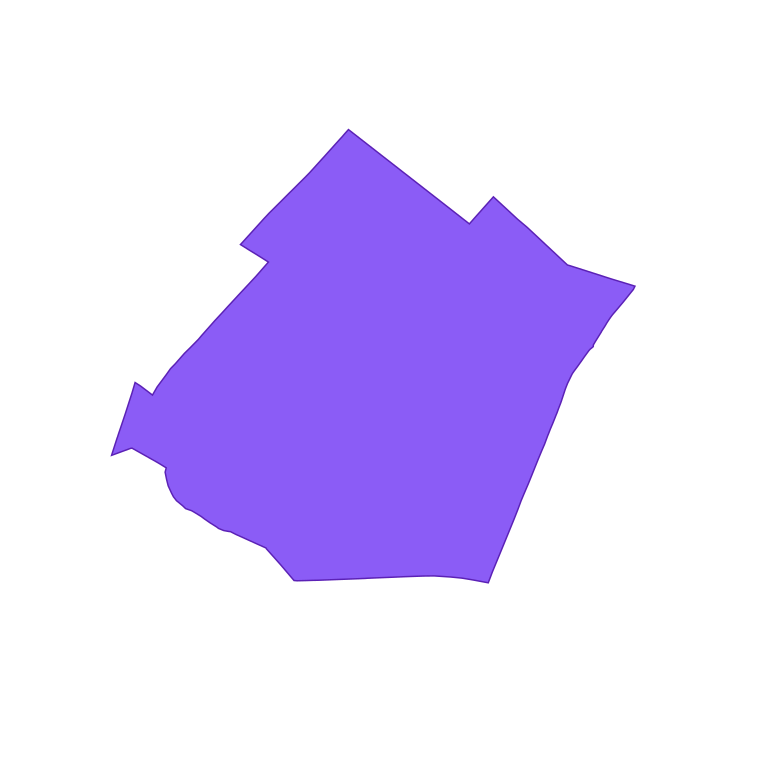 Mihaesti, Olt, Romania, rotated 141°
{"feature_id": "2599482B3191735089576", "entity_name": "Mihaesti", "entity_type": "district", "adm_level": 2, "iso_a3": "ROU", "parent_name": "Romania", "parent_adm1": "Olt", "projection": "equal_earth", "projection_center": [24.801, 44.115], "detail": "fine", "context": "isolated", "style": "filled", "palette": "violet", "viewbox_px": 768, "rotation_deg": 141, "n_neighbors": 0, "source": "geoboundaries", "source_scale": "gbopen_adm2", "svg_char_len": 2283}
<svg xmlns="http://www.w3.org/2000/svg" viewBox="0 0 768 768"><g transform="rotate(141 384 384)"><path d="M556.5,271.3L547.4,264.5L537.1,256.8L526.3,248.7L523.3,246.5L521.2,244.9L519.0,243.4L510.4,237.0L501.0,230.0L489.0,221.1L474.4,210.1L465.9,203.4L453.6,192.0L445.7,184.2L439.9,177.7L437.8,175.3L428.1,163.9L422.9,166.9L418.3,169.6L409.3,174.5L398.3,180.5L391.9,184.0L380.2,190.4L368.0,197.1L359.0,202.2L350.9,207.0L344.0,210.7L334.5,215.7L326.0,220.4L318.3,224.7L311.3,228.6L304.1,232.5L298.6,235.4L297.4,236.0L289.3,240.8L287.8,241.6L282.9,244.4L277.8,247.1L273.3,249.6L270.3,251.3L267.9,252.6L263.9,255.0L260.8,256.8L259.2,257.7L256.9,259.1L246.2,266.0L241.1,268.9L232.1,273.1L230.9,273.6L228.5,274.3L225.8,275.0L222.3,275.9L215.1,277.9L211.7,278.9L203.8,281.0L202.1,281.3L199.6,281.3L198.6,281.3L197.9,281.4L197.5,281.7L197.2,282.1L196.7,282.6L195.7,283.0L192.7,284.1L182.6,287.6L181.5,288.1L179.3,288.8L175.4,290.1L172.5,291.2L168.5,292.5L165.0,293.5L163.0,294.0L154.9,295.5L149.8,296.5L145.7,297.3L134.2,299.8L130.8,300.5L127.4,302.1L141.1,322.4L165.1,359.0L166.6,361.1L166.6,361.4L174.1,415.4L176.5,428.0L181.2,460.6L209.9,455.9L216.9,454.7L223.8,484.7L236.4,539.0L251.5,604.1L256.5,603.3L262.1,602.3L262.4,602.3L270.0,601.1L280.7,599.4L285.7,598.6L286.9,598.4L290.3,597.9L309.0,595.0L316.0,594.2L323.9,593.4L330.5,592.7L337.7,592.0L349.9,590.7L357.8,589.9L365.7,589.1L373.0,588.1L389.0,585.6L407.8,582.7L404.5,573.0L400.2,560.8L397.1,551.5L416.2,548.2L440.5,544.8L457.1,542.4L462.3,541.6L475.6,539.7L491.8,537.0L494.9,536.5L500.1,535.5L511.5,534.2L515.7,533.8L519.8,533.4L533.9,531.0L540.1,530.3L547.6,528.2L562.1,524.5L569.6,521.6L570.9,521.1L574.4,535.4L576.5,541.8L585.5,535.6L593.8,530.2L603.9,523.6L614.9,516.6L622.2,512.0L624.6,510.4L625.2,510.1L637.9,501.8L639.4,500.8L640.6,500.0L621.3,493.4L620.2,492.7L616.6,483.7L609.1,464.7L606.0,455.9L609.6,453.2L613.1,446.5L615.8,440.7L617.8,432.9L618.6,428.9L618.7,423.9L617.1,416.1L616.6,412.0L613.3,406.7L612.5,404.7L609.5,396.3L608.4,391.9L606.5,385.4L604.0,378.1L603.5,375.9L600.8,371.0L597.2,366.8L596.3,366.0L593.7,360.2L587.0,346.9L583.0,338.9L578.9,330.8L579.1,330.0L578.1,308.5L577.6,287.9L575.4,285.8L568.4,280.4L563.0,276.3L559.4,273.5L556.5,271.3Z" fill="#8b5cf6" stroke="#5b21b6" stroke-width="1.5"/></g></svg>